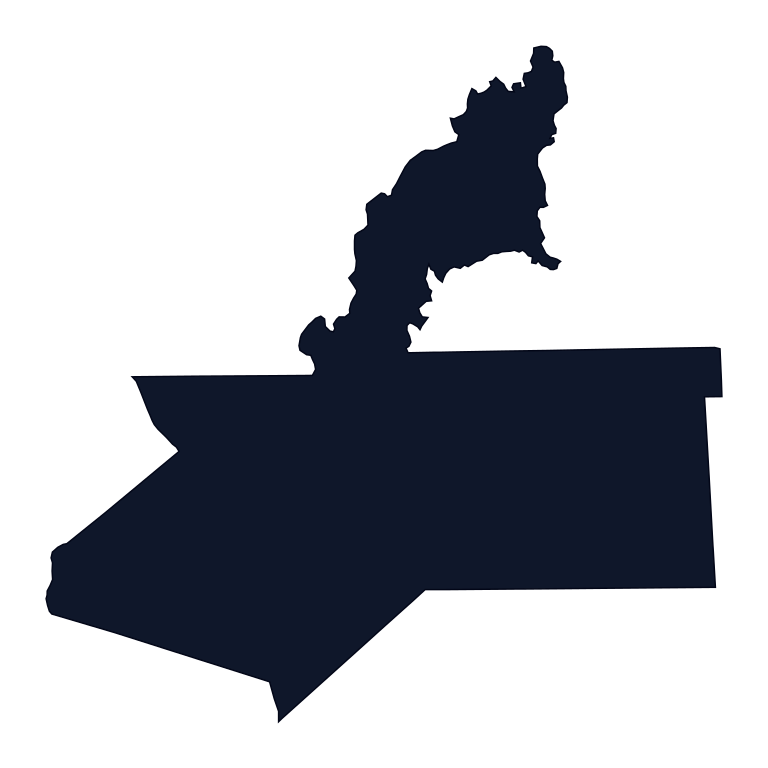 Bacabal, Maranhão, Brazil (Natural Earth projection)
{"feature_id": "56859067B39031921407677", "entity_name": "Bacabal", "entity_type": "district", "adm_level": 2, "iso_a3": "BRA", "parent_name": "Brazil", "parent_adm1": "Maranhão", "projection": "natural_earth1", "projection_center": [-44.74, -4.12], "detail": "fine", "context": "isolated", "style": "filled", "palette": "ink", "viewbox_px": 768, "rotation_deg": 0, "n_neighbors": 0, "source": "geoboundaries", "source_scale": "gbopen_adm2", "svg_char_len": 3600}
<svg xmlns="http://www.w3.org/2000/svg" viewBox="0 0 768 768"><path d="M721.9,396.6L721.4,380.7L720.9,369.5L720.0,348.8L714.6,347.5L676.2,348.1L577.7,349.9L547.5,350.5L505.6,351.1L449.3,352.1L439.6,352.3L433.2,352.3L408.1,352.8L406.0,348.1L408.9,346.3L410.9,342.1L409.5,336.3L406.9,330.4L407.0,325.5L409.7,322.7L412.9,323.9L417.7,326.8L420.0,329.7L421.7,326.1L425.4,321.1L428.0,317.5L422.3,316.9L419.8,312.8L418.5,308.2L426.2,301.3L431.6,300.8L430.1,295.6L431.6,291.0L428.5,288.4L427.1,283.4L425.1,278.9L426.6,274.4L427.3,268.6L428.9,264.2L430.9,269.2L434.4,271.2L435.5,275.2L438.2,278.9L442.3,282.1L443.7,277.8L445.8,273.3L449.6,269.0L454.1,266.9L460.3,268.3L464.4,265.0L468.1,266.6L476.6,261.2L482.3,260.2L489.2,254.8L493.5,253.4L497.8,253.4L501.8,251.8L506.7,251.4L510.6,251.2L514.4,250.2L519.1,252.0L522.6,250.2L525.5,252.3L528.4,255.8L532.5,256.8L531.7,262.8L535.9,263.6L538.1,260.9L542.1,265.5L547.3,266.9L550.2,269.4L553.4,269.6L556.8,268.4L558.0,263.8L560.6,261.4L556.9,259.2L553.3,258.0L550.1,257.2L545.9,253.8L543.0,248.1L540.6,243.5L544.5,237.8L541.7,231.5L539.9,227.6L539.7,220.8L536.9,216.5L537.3,210.8L539.9,207.3L543.5,207.3L547.5,205.4L545.2,200.7L544.7,194.3L545.2,188.5L544.9,184.1L542.5,178.1L540.0,171.3L537.4,166.1L537.3,159.0L537.7,154.1L542.5,148.0L546.6,145.3L550.4,144.9L554.2,141.7L553.5,137.8L549.9,138.4L551.8,134.6L555.7,133.3L556.1,128.5L554.4,125.3L553.0,120.7L554.0,113.9L558.5,110.3L561.5,108.0L563.7,105.2L567.0,102.6L567.4,97.2L566.0,90.8L565.8,86.3L563.9,82.4L563.4,78.5L563.7,72.5L562.5,67.8L558.9,61.4L554.7,62.2L551.8,60.2L552.8,55.8L552.3,51.2L549.5,48.4L546.4,46.6L541.0,46.3L533.8,48.0L533.6,53.4L530.5,61.0L533.1,67.1L531.4,71.4L528.1,72.8L524.3,73.4L523.1,79.2L526.0,86.6L521.0,88.2L520.4,82.8L513.6,83.8L512.0,87.4L514.2,91.8L508.2,91.4L505.6,88.1L503.7,84.2L499.9,81.4L495.9,77.4L492.8,81.0L489.7,81.7L491.2,85.9L486.9,90.2L484.2,92.0L481.2,93.2L477.6,94.0L475.9,90.9L471.9,88.6L469.4,94.6L467.9,99.2L467.4,104.0L467.6,108.0L466.3,111.5L463.3,114.7L458.8,116.7L454.1,118.9L450.4,118.2L452.4,125.9L454.9,131.8L458.8,134.6L456.8,141.7L451.2,143.1L446.8,144.8L443.5,146.2L437.5,149.3L433.3,150.5L425.6,150.3L421.7,151.9L415.3,156.7L410.3,160.3L405.3,166.8L400.0,176.8L396.5,183.7L392.5,189.7L391.5,195.2L387.4,196.7L384.6,193.8L381.2,193.1L369.6,202.1L366.8,204.3L366.1,209.8L367.5,214.1L368.0,225.1L364.0,229.3L357.8,232.8L355.0,235.2L354.5,240.8L354.5,249.5L354.9,253.8L356.4,260.6L356.0,266.2L355.0,271.2L348.8,278.0L351.5,282.0L354.3,286.2L356.8,290.3L356.2,294.1L353.6,298.1L351.0,303.1L349.5,309.5L349.8,313.3L345.0,317.0L339.1,316.9L336.6,319.3L333.5,324.1L334.9,328.6L333.4,331.8L330.0,331.1L325.3,326.5L324.6,319.0L320.8,316.2L315.6,318.4L311.8,322.2L308.7,324.9L301.6,334.3L300.4,337.7L299.0,345.7L300.0,350.3L306.6,354.7L310.8,355.3L312.6,359.7L314.6,363.9L315.6,369.4L312.4,375.4L307.5,375.5L265.8,375.8L196.5,376.2L132.2,376.8L136.3,381.3L139.0,387.8L140.9,392.4L147.5,409.3L150.1,415.3L152.2,420.5L154.3,424.6L158.2,429.4L166.2,437.2L172.6,444.2L176.4,447.1L179.1,451.4L158.6,468.4L146.1,478.8L104.8,513.1L66.8,543.7L63.2,544.4L57.8,547.3L52.4,552.1L51.1,557.9L52.5,562.8L52.1,571.0L52.6,579.5L50.1,585.5L47.2,591.0L47.1,595.1L46.1,598.7L47.6,605.5L49.4,611.2L51.8,614.0L114.7,632.6L119.4,634.1L167.5,649.4L199.9,659.7L269.6,681.8L274.3,698.8L278.6,711.3L278.6,721.7L281.9,718.5L356.0,651.9L384.7,626.0L414.2,599.6L425.1,589.6L440.2,589.6L444.2,589.6L516.4,589.0L520.6,589.0L555.2,588.7L566.5,588.6L609.2,588.2L715.4,587.3L713.3,551.3L712.9,545.3L709.1,476.5L704.5,396.8L721.9,396.6Z" fill="#0f172a" stroke="#020617" stroke-width="1.5"/></svg>